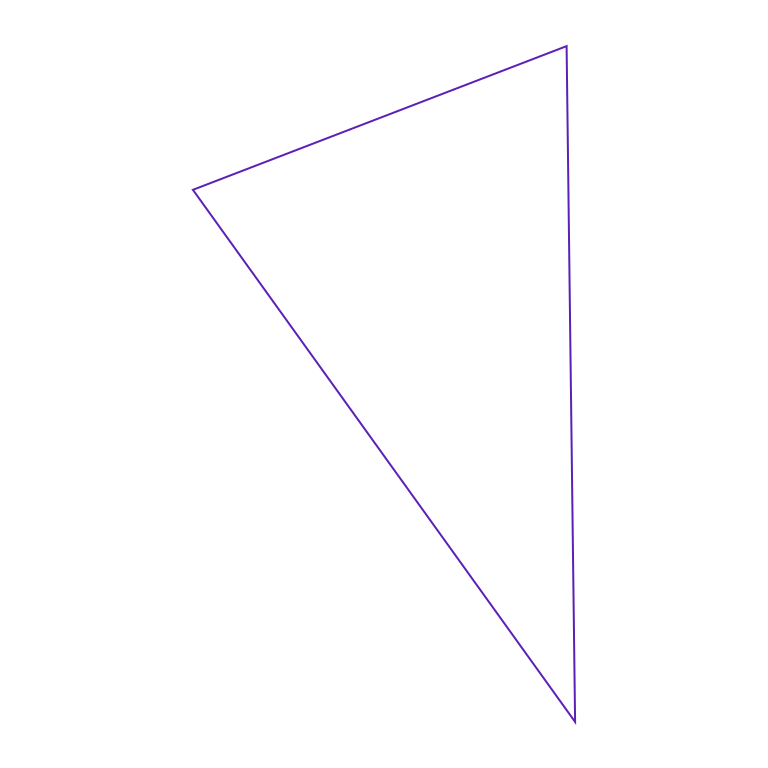 Anetan, orthographic projection
{"feature_id": "NRU-4978", "entity_name": "Anetan", "entity_type": "state/province", "adm_level": 1, "iso_a3": "NRU", "parent_name": "Nauru", "parent_adm1": "", "projection": "orthographic", "projection_center": [166.935, -0.497], "detail": "fine", "context": "isolated", "style": "outline", "palette": "violet", "viewbox_px": 768, "rotation_deg": 0, "n_neighbors": 0, "source": "natural_earth", "source_scale": "10m", "svg_char_len": 174}
<svg xmlns="http://www.w3.org/2000/svg" viewBox="0 0 768 768"><path d="M192.9,189.8L566.6,46.1L575.1,721.9L192.9,189.8Z" fill="none" stroke="#5b21b6" stroke-width="2"/></svg>